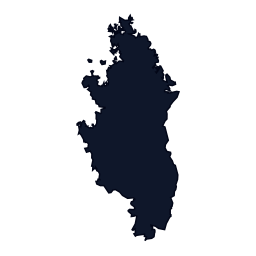 Kurigram, Rangpur, Bangladesh (Mercator projection)
{"feature_id": "16705992B97164497642406", "entity_name": "Kurigram", "entity_type": "district", "adm_level": 2, "iso_a3": "BGD", "parent_name": "Bangladesh", "parent_adm1": "Rangpur", "projection": "mercator", "projection_center": [89.627, 25.805], "detail": "fine", "context": "isolated", "style": "filled", "palette": "ink", "viewbox_px": 256, "rotation_deg": 0, "n_neighbors": 0, "source": "geoboundaries", "source_scale": "gbopen_adm2", "svg_char_len": 5694}
<svg xmlns="http://www.w3.org/2000/svg" viewBox="0 0 256 256"><path d="M144.9,240.6L146.6,239.0L151.7,238.3L154.0,236.7L154.9,230.2L154.2,229.1L154.5,230.2L153.6,229.3L152.0,229.6L152.6,227.5L152.4,226.7L151.1,226.3L150.9,225.1L155.5,226.2L158.5,228.4L164.6,229.6L166.3,223.5L169.7,217.1L170.9,216.3L170.9,214.7L170.2,214.3L170.2,209.5L171.5,208.3L171.2,206.6L172.0,206.4L172.7,203.0L170.6,197.6L174.1,195.6L174.4,191.4L175.7,189.5L176.3,186.6L175.8,184.7L177.5,179.5L177.8,174.9L175.3,165.4L173.5,164.5L172.3,160.9L169.6,156.8L170.8,153.9L170.5,152.3L166.9,151.5L165.0,147.9L165.4,144.6L168.3,140.3L164.9,127.0L162.6,125.9L165.0,121.0L166.9,119.0L167.0,113.9L166.3,111.2L170.1,106.7L169.9,105.7L172.9,101.7L177.0,97.3L179.0,91.8L176.7,91.4L168.6,93.2L167.8,92.9L168.5,92.0L164.6,91.7L164.7,90.2L165.9,89.2L170.2,90.8L169.1,89.3L169.7,88.8L168.7,86.9L167.6,85.8L169.3,85.0L172.2,85.6L175.5,84.3L175.2,82.4L174.4,82.9L174.3,82.1L170.4,80.1L169.8,77.3L167.0,74.2L165.9,75.0L165.9,77.0L167.1,82.1L163.4,80.7L162.1,78.1L163.0,78.6L163.4,78.1L163.1,76.4L163.8,74.9L162.2,72.3L163.1,70.8L160.7,66.2L160.0,65.9L159.1,69.3L156.4,72.9L155.7,72.0L157.2,71.6L157.2,70.2L159.1,67.0L157.1,66.5L156.4,68.6L155.8,68.2L155.8,67.0L153.9,67.0L153.1,68.4L152.5,67.7L153.8,65.9L155.8,65.1L155.1,64.1L155.2,62.7L158.3,62.0L158.3,60.6L157.6,60.7L158.2,60.4L157.4,58.5L157.8,57.6L156.4,57.9L157.4,54.7L156.4,54.2L155.1,55.8L154.2,55.8L155.4,52.4L154.4,51.9L155.3,51.1L154.7,49.9L153.6,49.3L151.6,50.3L150.4,49.0L148.4,49.1L148.2,47.9L150.5,44.9L150.8,43.4L150.0,41.8L147.9,41.0L147.8,39.3L146.4,36.5L144.0,36.0L140.0,36.8L139.7,34.1L139.2,34.4L138.6,33.5L137.5,36.8L135.5,37.9L134.6,36.2L129.2,34.0L134.7,33.2L135.7,32.1L133.3,31.2L130.8,25.9L130.1,26.0L129.0,23.9L130.2,22.7L131.8,23.5L133.2,22.3L131.7,23.1L130.5,21.7L130.3,19.1L131.5,20.1L132.7,19.8L131.4,19.1L132.3,18.4L132.1,17.7L131.0,18.1L130.2,15.4L128.7,17.8L128.6,20.2L124.8,20.4L119.7,17.4L119.6,20.0L120.2,20.4L119.3,22.2L120.8,22.5L121.0,25.4L123.5,27.9L122.5,28.3L122.9,29.2L121.7,29.2L120.0,27.9L119.8,26.5L118.8,26.4L118.5,27.5L119.5,27.9L118.3,28.1L118.3,29.5L120.9,30.9L121.2,30.0L123.5,30.6L124.8,30.2L125.5,31.5L124.7,33.1L123.5,33.2L123.3,34.6L120.8,34.0L120.7,32.6L119.3,32.7L120.5,31.6L119.4,30.4L117.8,31.5L117.4,32.9L116.9,32.3L117.4,30.8L114.9,31.5L113.8,30.4L113.7,31.5L115.3,31.6L115.4,32.4L114.3,32.0L114.4,33.5L116.4,33.7L114.2,35.3L113.7,36.1L114.4,36.4L114.2,37.4L113.4,37.2L113.7,36.2L112.7,36.7L111.8,35.6L109.7,36.5L111.3,37.4L110.7,41.0L112.3,44.5L112.8,44.0L113.4,44.7L113.4,45.4L112.1,45.3L112.8,46.9L113.6,46.6L114.7,44.2L116.6,46.3L118.0,44.0L118.9,46.6L115.1,49.7L113.0,49.8L112.5,48.4L111.3,48.1L112.0,49.1L110.7,49.4L112.0,49.5L111.8,50.5L110.3,50.9L113.7,54.5L114.0,52.6L115.8,52.8L115.0,50.5L116.8,51.4L117.4,49.4L118.9,49.7L120.3,51.6L119.3,52.2L119.6,53.0L121.0,53.8L119.8,56.7L123.5,60.7L123.3,61.5L119.2,61.1L116.3,63.6L115.6,62.7L115.9,61.8L114.2,61.9L113.7,60.6L113.0,61.0L114.9,63.6L111.4,66.0L110.0,65.8L111.2,67.7L110.6,68.3L108.7,67.5L107.8,69.6L108.3,70.7L107.9,71.2L106.8,70.7L107.4,74.6L106.8,75.8L108.6,79.0L107.8,80.1L108.6,82.1L108.3,83.8L107.9,83.1L106.4,83.2L106.2,82.2L105.6,83.1L106.3,83.2L106.6,85.5L104.5,85.9L103.9,82.7L103.0,85.0L101.9,85.4L101.9,86.5L97.9,85.5L97.3,83.9L98.1,81.9L96.6,80.4L97.2,79.0L99.6,78.0L99.6,77.4L98.9,77.4L97.9,76.0L96.2,76.1L97.6,76.1L97.1,77.0L95.3,76.0L93.5,76.2L92.9,75.2L90.5,77.0L86.3,76.0L83.8,78.3L84.1,80.0L82.8,81.1L82.1,83.1L84.2,87.5L86.2,87.3L88.6,85.3L88.9,86.0L88.1,86.4L89.2,86.9L89.2,88.2L87.6,89.4L91.1,92.1L90.6,94.9L92.5,96.8L92.5,99.0L95.3,99.6L96.2,103.6L98.7,104.5L99.2,106.6L105.0,107.4L105.0,108.2L101.1,109.5L101.2,112.9L100.6,113.6L96.0,111.8L95.4,112.6L96.3,114.3L96.2,119.0L96.9,119.5L96.7,123.4L95.3,126.0L93.6,126.0L93.1,124.3L92.3,124.3L92.2,125.5L93.3,125.9L92.8,128.2L90.4,127.5L89.8,128.3L87.7,126.9L86.6,127.3L87.6,126.2L85.7,126.2L86.1,125.2L84.3,122.0L84.7,121.3L83.6,120.6L81.4,123.1L80.4,122.0L78.6,122.5L77.1,123.8L77.0,125.0L78.1,125.3L78.0,124.4L79.6,123.7L80.5,125.1L81.4,124.8L81.0,125.8L81.7,126.6L80.6,125.8L80.6,126.6L80.1,125.9L78.8,126.6L79.4,130.1L78.5,133.9L79.6,133.2L81.2,135.0L83.6,139.4L83.9,141.8L85.2,141.5L85.3,142.4L86.8,142.3L88.5,143.7L88.0,147.8L84.8,148.4L86.5,152.2L90.3,151.1L91.9,153.8L91.8,157.9L93.0,159.8L91.7,166.1L92.9,166.4L92.7,170.1L94.5,168.4L95.6,168.9L95.6,167.3L96.9,169.1L96.7,170.6L98.5,171.5L99.7,174.0L99.1,178.3L99.7,179.5L98.1,179.2L97.5,181.3L96.0,181.4L96.8,184.0L100.4,185.6L103.9,185.6L108.8,192.9L111.0,192.5L113.1,189.9L115.5,189.6L119.8,192.1L122.5,195.4L127.6,198.3L133.2,197.8L134.7,198.9L134.7,199.5L133.6,199.7L133.4,201.1L131.4,201.8L130.8,203.3L131.3,204.6L134.3,206.7L134.8,208.6L133.8,209.6L129.6,209.4L128.2,210.5L128.4,211.5L131.7,214.2L131.3,216.5L134.2,216.1L134.4,215.3L136.8,216.1L135.3,223.9L132.1,229.7L133.0,230.3L135.0,228.8L135.5,233.0L133.9,233.8L135.4,236.1L136.6,235.3L144.5,234.2L144.4,236.4L146.4,236.8L144.9,240.6ZM112.7,27.3L109.5,28.1L109.0,30.0L110.1,29.7L108.8,31.3L112.2,31.7L112.5,32.3L112.6,31.6L113.5,31.7L111.6,30.5L113.2,29.5L112.7,27.3ZM103.5,61.7L101.4,60.5L100.5,61.1L100.6,62.5L102.0,64.5L105.1,63.9L105.4,61.1L103.5,61.7ZM88.8,59.3L87.9,60.0L89.2,62.2L91.5,62.1L91.7,60.4L88.8,59.3ZM92.4,70.6L90.8,71.3L91.9,73.5L91.7,74.7L93.5,71.2L92.4,70.6ZM116.6,59.7L116.0,56.8L115.8,56.7L114.5,58.7L115.0,60.0L116.6,59.7ZM116.9,25.3L115.0,26.2L115.5,28.1L113.9,27.7L116.2,29.0L116.0,26.9L116.9,25.3ZM111.4,27.1L110.4,24.7L109.3,26.1L111.4,27.1ZM135.8,31.3L135.8,30.1L135.0,29.6L134.9,30.6L135.8,31.3ZM115.7,24.2L113.9,24.4L115.8,24.7L115.7,24.2ZM107.8,29.4L108.9,28.8L108.7,28.1L107.8,29.4Z" fill="#0f172a" stroke="#020617" stroke-width="1.5"/></svg>